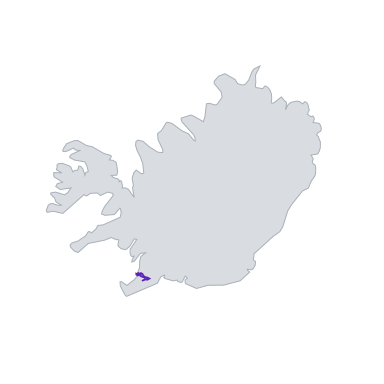 Garðabær, Reykjavík, Iceland (highlighted), rotated 340°
{"feature_id": "244011B25721014671193", "entity_name": "Garðabær", "entity_type": "district", "adm_level": 2, "iso_a3": "ISL", "parent_name": "Iceland", "parent_adm1": "Reykjavík", "projection": "albers", "projection_center": [-21.974, 64.042], "detail": "fine", "context": "in_parent", "style": "filled", "palette": "violet", "viewbox_px": 384, "rotation_deg": 340, "n_neighbors": 0, "source": "geoboundaries", "source_scale": "gbopen_adm2", "svg_char_len": 5429}
<svg xmlns="http://www.w3.org/2000/svg" viewBox="0 0 384 384"><g transform="rotate(340 192 192)"><path d="M276.2,108.9L279.2,108.9L283.6,106.2L289.8,99.2L292.5,97.5L299.0,96.8L291.7,103.8L289.5,110.7L287.7,114.2L287.8,115.7L293.9,119.1L296.5,117.4L297.7,117.8L299.0,119.6L300.2,123.3L300.1,127.3L298.9,131.4L297.1,134.9L297.5,135.9L299.4,136.3L308.5,133.2L310.1,137.9L311.2,139.4L311.1,141.1L308.0,146.7L312.0,142.9L315.4,141.6L321.5,142.4L324.2,144.0L326.1,147.1L328.9,145.7L330.5,147.4L330.8,149.4L330.2,155.1L327.0,158.3L329.6,162.0L331.5,161.8L331.9,162.7L332.0,165.1L329.6,168.2L334.6,170.7L335.3,171.8L335.5,175.3L334.9,177.4L333.7,178.8L330.5,179.4L328.6,181.0L329.6,183.1L329.7,189.1L327.7,194.3L325.5,197.2L323.3,199.2L316.5,198.1L317.2,202.3L315.1,205.2L315.8,207.4L316.8,208.4L316.7,211.2L314.3,217.3L312.4,219.4L308.3,222.2L302.6,228.1L296.2,228.8L281.3,237.9L275.5,242.5L265.4,255.7L261.0,259.3L253.0,261.5L229.2,271.3L226.7,276.3L226.7,277.3L227.9,279.1L226.2,282.6L222.7,285.3L220.9,285.4L217.7,283.5L217.4,284.5L218.8,287.0L206.9,291.9L190.1,290.4L175.0,285.1L163.3,284.2L154.8,276.2L154.6,274.9L155.4,272.3L158.3,271.2L156.9,268.7L152.0,273.2L150.4,273.1L148.2,271.4L148.1,269.7L144.0,269.1L136.8,263.9L136.2,262.7L137.9,261.0L137.6,260.6L133.7,261.0L128.2,265.9L94.8,267.7L93.7,265.2L92.5,255.7L93.7,251.7L95.0,252.1L98.9,257.5L107.8,254.6L111.4,252.5L114.7,247.4L116.6,245.7L119.2,239.1L121.9,235.1L127.5,233.2L122.5,232.0L114.2,237.3L111.5,237.3L112.8,235.0L115.6,232.4L113.6,232.2L112.9,231.1L112.8,228.6L114.3,224.7L123.9,217.7L121.7,216.3L115.0,221.7L110.1,223.6L106.1,221.1L104.2,217.8L104.3,216.4L106.7,212.2L106.3,211.4L104.7,211.0L100.4,207.1L93.7,207.4L76.9,204.9L64.2,209.9L61.2,207.3L58.9,201.9L59.5,199.9L61.7,198.8L67.9,199.1L77.0,196.8L81.1,193.8L82.7,194.6L83.5,196.1L89.1,193.9L92.1,191.2L97.0,192.5L115.8,191.2L118.2,187.6L119.2,183.3L118.7,182.5L111.9,186.4L110.3,186.3L102.4,184.2L99.5,181.8L100.5,180.0L104.7,175.9L115.4,169.2L116.9,167.8L117.0,166.2L112.8,163.3L104.8,164.0L102.8,160.6L96.2,158.5L91.8,159.7L89.5,157.6L63.3,167.9L55.0,162.6L49.0,161.6L48.5,160.0L52.2,155.4L54.6,154.6L57.0,155.1L61.5,158.6L64.7,159.7L60.8,154.7L60.8,150.0L59.6,148.8L58.5,145.6L59.0,144.6L63.7,145.4L71.2,151.0L74.9,150.2L79.8,146.8L69.0,144.6L65.9,140.2L68.3,138.1L73.8,138.5L67.8,131.0L67.6,129.7L68.7,126.5L76.3,129.5L72.4,125.1L72.3,124.1L73.5,123.4L74.2,120.7L76.1,119.7L80.0,120.7L85.9,125.8L86.7,127.3L86.9,132.4L89.3,131.6L92.1,132.4L94.5,128.9L96.1,129.8L97.4,132.9L97.1,139.7L98.8,137.3L101.6,137.2L102.1,131.6L101.6,127.0L92.5,121.8L88.9,117.9L89.4,116.7L91.2,115.5L100.7,114.7L96.6,112.5L95.7,110.2L88.4,110.9L84.8,110.0L84.7,108.8L86.2,107.1L90.6,103.7L98.9,103.5L102.3,104.5L108.7,112.2L113.8,115.4L122.5,125.8L128.1,129.8L128.4,130.8L127.5,132.0L125.3,133.5L128.6,135.3L130.7,138.0L130.8,139.1L129.1,147.6L127.0,150.4L121.8,148.8L123.0,151.5L126.8,154.3L127.6,155.9L127.1,157.5L128.9,157.0L129.4,157.9L128.7,162.7L127.7,164.4L130.9,165.4L133.1,167.7L135.8,177.4L137.1,169.9L137.8,167.2L139.1,166.1L140.5,158.5L143.9,154.0L147.1,152.3L150.6,157.5L153.1,157.9L155.4,148.6L155.5,141.8L154.6,134.2L154.9,128.9L156.5,125.6L158.6,124.6L163.3,127.6L167.4,135.0L173.5,142.9L177.7,144.8L178.4,144.5L179.0,141.8L178.0,131.2L179.6,125.4L184.3,123.8L191.3,118.2L193.0,118.0L196.7,120.8L203.6,131.2L208.5,136.0L211.3,143.8L212.5,145.2L213.3,142.6L213.2,139.1L206.7,123.0L206.5,120.7L207.0,118.9L216.9,119.2L219.2,120.9L226.7,129.8L229.9,125.7L235.7,114.1L238.1,114.3L244.1,118.4L246.3,117.8L252.7,113.2L253.6,107.9L249.9,97.6L250.9,95.4L256.8,92.2L263.4,92.1L271.1,101.2L271.9,105.8L276.2,108.9Z" fill="#d9dde1" stroke="#a8b0b8" stroke-width="1"/><path d="M118.4,255.4L117.6,253.0L117.5,251.8L116.8,251.7L116.6,251.4L116.4,251.3L116.4,251.1L116.2,251.1L115.9,251.1L115.7,250.9L115.6,250.7L115.4,250.7L115.5,250.6L115.4,250.6L115.2,250.6L114.9,250.5L114.9,250.8L115.0,250.9L115.0,251.0L114.9,251.0L115.0,251.0L114.9,251.0L114.7,251.2L114.4,251.0L114.5,251.1L114.4,251.2L114.2,251.2L114.1,250.9L113.9,250.9L113.7,250.9L113.6,251.0L113.4,251.0L113.2,251.1L113.0,250.9L112.9,250.9L112.7,250.8L112.7,250.7L112.8,250.5L112.9,250.4L113.0,250.4L113.1,250.5L113.2,250.4L113.3,250.4L113.3,250.5L113.5,250.5L113.5,250.4L113.5,250.2L113.7,250.3L113.8,250.3L113.8,250.5L113.9,250.4L113.9,250.5L114.0,250.5L114.1,250.4L114.0,250.2L113.9,249.9L113.7,249.8L113.4,249.9L113.2,249.9L113.2,249.7L112.8,249.7L112.7,249.7L112.5,249.9L112.4,250.0L112.2,250.0L112.1,250.3L112.0,250.5L111.9,250.6L112.0,250.7L112.0,250.8L111.9,251.0L111.7,251.0L111.8,251.1L112.0,251.0L112.1,250.9L112.1,251.0L112.3,251.0L112.5,250.9L112.6,251.0L112.8,251.1L112.9,251.3L112.7,251.2L112.7,251.3L112.5,251.2L112.4,251.3L112.4,251.2L112.4,251.3L112.2,251.3L112.2,251.2L112.0,251.3L112.3,251.3L112.5,251.3L112.7,251.5L112.8,251.6L112.9,251.8L113.0,251.9L113.1,252.0L113.3,252.1L113.5,252.1L113.7,251.9L113.8,251.8L114.4,251.8L114.6,251.9L114.7,252.0L114.8,252.0L114.8,252.3L114.8,252.6L115.1,253.0L115.1,253.3L114.9,253.5L115.0,253.6L115.4,254.0L116.7,255.1L116.8,255.4L116.9,255.5L117.0,255.5L117.6,255.7L117.9,255.9L118.2,256.1L118.3,256.4L118.2,257.7L114.6,258.4L120.9,258.4L120.3,259.2L122.6,258.9L121.1,257.2L118.4,255.4ZM111.8,249.9L111.7,249.8L111.7,250.0L111.7,249.9L111.8,249.9L111.8,250.0L112.0,250.1L111.9,250.1L111.8,249.9L111.8,249.9ZM111.8,250.2L111.7,250.2L111.8,250.2Z" fill="#8b5cf6" stroke="#5b21b6" stroke-width="1.5"/></g></svg>